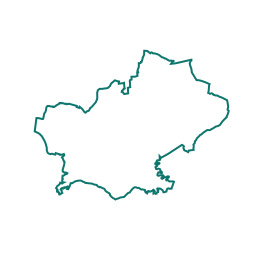 the district of Adamus, Mures, Romania, rotated 289°
{"feature_id": "2599482B10213033465232", "entity_name": "Adamus", "entity_type": "district", "adm_level": 2, "iso_a3": "ROU", "parent_name": "Romania", "parent_adm1": "Mures", "projection": "orthographic", "projection_center": [24.206, 46.308], "detail": "fine", "context": "isolated", "style": "outline", "palette": "teal", "viewbox_px": 256, "rotation_deg": 289, "n_neighbors": 0, "source": "geoboundaries", "source_scale": "gbopen_adm2", "svg_char_len": 5709}
<svg xmlns="http://www.w3.org/2000/svg" viewBox="0 0 256 256"><g transform="rotate(289 128 128)"><path d="M213.2,165.7L204.7,152.0L202.7,147.8L204.9,148.3L206.2,149.3L206.3,149.1L205.8,147.9L205.9,147.3L205.5,146.2L205.2,145.7L205.1,145.0L205.2,144.6L205.2,144.1L205.5,143.1L205.5,142.5L205.8,141.9L205.9,140.6L205.7,139.7L206.0,139.1L206.1,138.0L205.9,137.2L207.3,133.1L207.3,130.0L207.2,128.9L206.7,127.2L207.1,126.2L207.2,125.7L206.7,125.1L205.9,124.7L206.3,124.0L206.4,122.9L207.1,121.5L207.1,121.0L206.3,118.2L203.0,119.2L201.7,119.3L199.3,119.0L197.6,119.3L194.9,119.3L194.7,118.7L194.0,118.9L193.3,118.5L193.0,117.8L192.8,117.1L189.5,118.3L185.2,118.3L184.4,118.5L183.9,118.8L184.2,119.3L183.9,119.5L183.5,118.9L183.2,119.1L183.0,118.8L180.9,119.7L180.5,120.0L179.0,118.3L177.6,114.6L175.0,115.6L173.8,114.3L173.3,114.3L167.4,116.8L165.9,114.8L160.8,116.9L158.9,113.4L159.5,112.2L160.0,111.9L160.2,111.2L160.1,110.3L161.4,110.2L163.0,111.4L163.3,111.4L163.7,111.2L164.3,112.0L165.7,111.1L166.1,111.0L169.4,109.5L168.7,108.6L167.3,105.6L166.8,104.9L167.4,104.6L169.1,104.4L168.8,102.8L168.8,100.1L165.7,98.2L164.0,97.4L162.1,97.4L159.4,96.0L158.9,95.3L158.2,94.1L158.0,93.4L156.6,90.9L155.8,88.5L154.5,87.5L153.7,87.2L151.2,87.4L146.6,89.1L144.9,89.4L141.8,89.1L136.2,86.9L134.2,85.6L133.0,85.7L131.5,85.2L130.3,83.7L128.7,82.9L128.6,82.5L129.2,81.1L130.5,79.5L131.4,77.8L132.3,75.3L131.1,75.3L131.1,72.6L132.2,72.4L131.7,64.2L131.3,63.9L131.0,63.0L130.7,62.7L130.4,61.5L130.7,61.3L130.2,60.0L130.3,58.4L129.7,57.0L130.0,56.8L129.4,55.2L129.1,55.0L128.7,55.2L126.0,52.8L125.5,52.6L123.8,51.3L123.5,50.5L123.9,50.3L123.1,47.5L123.2,46.7L122.9,45.4L122.7,44.9L122.0,44.4L121.2,44.1L117.6,44.7L115.8,44.6L114.5,44.1L109.1,44.8L108.8,44.6L108.6,44.2L108.2,40.3L107.6,38.2L94.4,40.9L94.1,44.1L93.7,46.1L92.5,48.6L91.9,49.6L87.8,54.1L86.2,55.4L82.9,57.6L80.4,58.5L79.0,59.6L78.2,60.5L78.0,61.3L78.0,62.9L78.1,63.4L78.7,63.9L78.9,64.4L78.9,65.5L79.2,67.9L80.7,67.8L80.9,72.0L80.5,72.1L80.8,73.5L82.5,75.8L81.6,76.6L81.0,76.5L78.7,75.1L77.8,76.4L75.6,78.2L75.7,78.7L75.5,78.9L74.3,79.3L72.1,79.6L67.2,79.8L65.6,80.5L65.6,81.2L65.1,82.3L65.5,83.3L65.7,84.3L65.5,85.4L64.8,85.2L63.8,83.9L61.7,82.3L61.5,81.7L59.0,82.3L58.6,83.0L58.2,83.0L57.8,82.7L56.5,83.0L55.5,83.5L55.7,85.1L54.9,84.3L54.0,83.7L54.2,81.7L52.6,81.6L51.4,81.0L50.0,80.0L47.7,79.6L46.9,81.3L46.2,81.1L45.9,81.2L46.1,81.4L46.0,81.5L45.5,82.1L45.0,81.9L44.7,82.0L45.0,82.7L44.6,83.0L44.7,83.5L44.6,83.8L44.0,83.8L43.5,84.3L43.2,84.3L42.8,84.8L43.2,85.4L45.2,87.0L45.6,86.4L47.6,85.5L47.8,84.4L48.0,84.3L49.3,84.8L49.9,85.4L49.7,86.6L50.2,87.1L51.2,87.1L51.1,88.1L51.6,88.3L52.0,89.0L53.1,89.9L53.0,90.5L50.5,90.3L50.7,91.4L53.9,91.8L57.2,91.8L57.7,93.3L59.9,95.0L60.9,96.3L62.0,98.1L62.9,100.3L62.9,101.1L62.6,102.5L62.6,104.2L62.2,105.5L62.4,105.9L62.6,107.3L63.7,112.2L63.5,114.4L64.0,116.9L63.5,117.5L63.0,118.6L62.8,119.7L62.7,120.3L63.2,120.7L62.7,125.6L61.2,127.3L60.4,129.8L60.4,130.9L59.9,132.1L59.3,132.6L58.9,132.6L58.2,133.5L57.4,135.1L56.8,136.9L56.7,138.2L56.3,139.3L57.7,140.9L58.4,142.0L59.8,143.4L61.5,146.7L66.4,149.1L67.6,150.6L68.0,150.8L69.0,151.0L72.3,152.2L73.7,153.2L74.3,154.0L74.5,155.0L74.4,156.4L74.9,157.7L74.2,160.1L74.3,161.0L74.6,161.4L74.9,164.1L74.1,164.5L73.0,165.4L72.7,166.0L72.4,167.4L73.5,167.5L74.0,167.0L74.1,167.3L74.7,167.4L75.1,167.9L75.0,168.3L74.7,168.4L75.0,169.4L75.2,169.5L75.2,170.0L76.2,170.9L76.8,171.8L77.5,171.8L77.9,172.2L77.3,173.4L76.9,173.8L76.8,173.7L76.9,173.0L74.7,173.2L74.5,173.3L75.1,173.6L74.7,175.4L75.1,175.6L75.2,175.9L75.4,175.7L75.6,176.1L76.1,176.1L76.3,176.5L76.6,176.6L77.1,177.3L78.6,177.0L78.5,176.8L78.5,176.6L79.0,176.6L79.2,176.1L79.7,176.2L80.0,175.5L80.2,175.4L80.5,175.6L81.2,178.6L80.6,180.1L80.6,180.6L79.6,181.9L78.8,182.4L79.1,183.4L80.2,184.5L80.4,185.0L80.5,185.0L81.7,184.8L83.5,185.0L84.1,186.0L84.0,186.3L84.1,187.4L84.5,187.6L84.8,188.9L92.2,188.9L92.1,187.7L91.1,185.0L91.0,184.0L91.6,183.1L91.5,182.4L91.1,181.7L91.0,181.3L91.4,181.0L92.3,181.1L94.5,182.6L95.2,182.6L95.4,182.3L95.4,181.6L95.2,181.2L93.9,180.0L93.2,178.6L91.2,177.1L91.1,176.7L91.1,176.3L91.4,175.9L92.0,176.0L92.5,176.3L93.4,177.2L94.1,177.5L94.7,176.6L94.7,176.2L93.9,174.3L93.7,173.6L92.8,172.6L92.7,172.0L92.9,171.3L93.2,171.1L94.3,170.9L95.8,171.1L96.2,171.7L96.1,173.9L96.2,174.3L96.4,174.7L96.7,174.7L97.4,174.3L98.2,172.4L99.2,172.0L99.4,171.8L99.6,170.9L99.5,170.4L99.3,169.6L98.5,168.9L98.5,167.7L99.7,167.2L100.0,166.7L100.6,166.8L101.4,167.8L102.0,167.8L102.8,167.0L102.9,165.5L103.4,165.3L103.7,165.5L103.8,165.9L103.4,168.3L103.7,168.7L104.6,169.3L105.0,169.2L105.2,168.8L104.9,166.8L105.0,166.2L105.3,165.9L106.7,166.0L107.0,166.3L108.0,168.4L108.3,168.6L108.6,168.7L109.1,168.5L109.5,167.9L111.6,167.1L111.0,168.1L110.3,168.7L116.9,174.6L129.6,184.5L129.4,185.7L128.8,186.9L127.5,186.8L126.9,187.0L126.1,187.9L125.6,188.1L125.1,189.5L125.2,190.9L124.7,192.7L125.4,192.9L126.5,192.9L128.7,197.2L130.3,196.4L132.3,196.1L133.5,195.3L135.5,196.0L137.3,195.6L138.3,196.2L140.7,196.5L143.8,198.1L144.7,198.3L145.6,199.3L147.9,200.6L151.7,203.4L152.0,204.0L152.4,205.5L153.0,206.5L154.6,207.6L155.3,208.6L156.3,209.2L158.0,210.6L159.3,212.6L160.8,213.9L164.9,215.1L168.8,216.9L170.3,217.8L171.1,217.5L172.6,217.8L176.9,217.7L177.7,216.2L180.9,215.8L186.5,212.7L187.3,207.3L187.4,205.2L187.3,204.2L187.8,202.1L187.2,199.9L187.4,199.0L187.2,198.4L187.5,198.0L187.4,197.5L187.8,197.1L188.1,196.0L188.0,195.7L187.1,194.5L187.0,194.1L187.3,193.3L187.3,192.4L189.3,192.2L194.2,190.9L196.1,190.8L196.4,186.5L196.5,182.3L196.3,179.8L195.6,177.2L201.3,170.3L204.5,168.7L207.5,166.3L209.2,165.3L211.5,165.4L212.5,166.0L213.2,165.7Z" fill="none" stroke="#0f766e" stroke-width="2"/></g></svg>